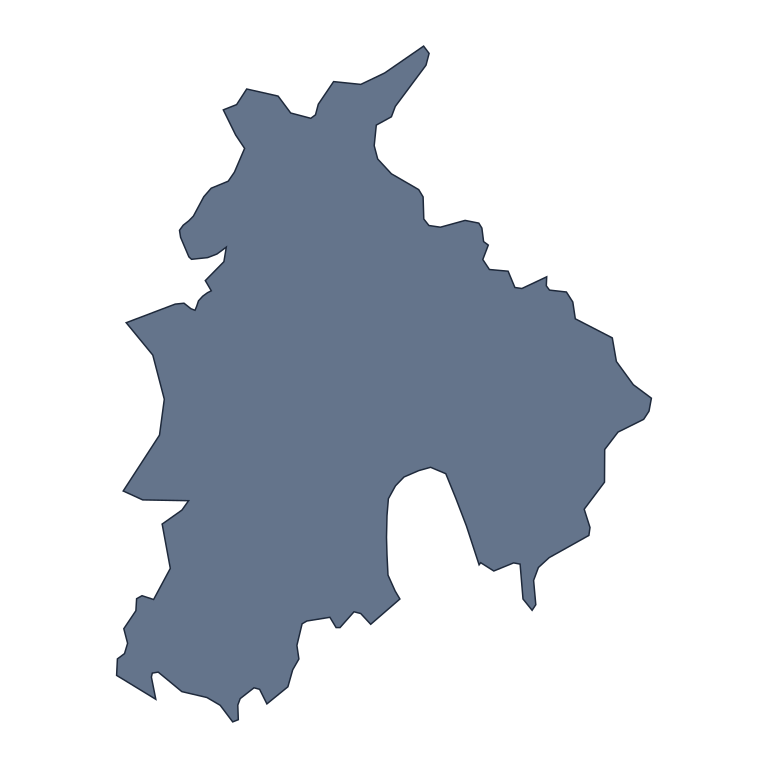 the Administrative County of Lancashire
{"feature_id": "GBR-2123", "entity_name": "Lancashire", "entity_type": "Administrative County", "adm_level": 1, "iso_a3": "GBR", "parent_name": "United Kingdom", "parent_adm1": "", "projection": "albers", "projection_center": [-2.621, 53.865], "detail": "fine", "context": "isolated", "style": "filled", "palette": "slate", "viewbox_px": 768, "rotation_deg": 0, "n_neighbors": 0, "source": "natural_earth", "source_scale": "10m", "svg_char_len": 1996}
<svg xmlns="http://www.w3.org/2000/svg" viewBox="0 0 768 768"><path d="M162.1,524.1L181.9,510.1L188.6,500.7L142.7,499.9L123.2,491.0L159.5,435.1L164.3,399.2L152.8,355.1L126.2,322.7L175.2,304.1L184.0,303.2L190.9,308.7L195.0,310.3L196.7,306.2L198.5,300.8L202.7,296.2L207.5,292.7L211.3,290.8L205.3,280.6L223.9,261.7L226.3,247.1L217.0,254.0L207.7,257.6L191.5,259.3L188.9,256.9L180.6,237.4L179.5,230.3L183.2,225.2L188.8,220.8L193.4,216.1L203.8,196.7L211.2,188.2L228.2,181.2L234.4,172.2L244.6,148.4L235.7,135.1L223.3,109.9L224.2,109.5L236.6,104.6L246.7,89.0L278.1,96.1L290.7,113.0L310.8,118.3L315.5,114.8L318.3,104.2L333.6,81.6L360.8,84.4L384.6,73.0L423.6,46.1L429.1,53.4L426.0,65.2L395.3,106.4L391.4,116.8L376.3,125.1L374.2,145.7L377.7,159.0L391.4,173.8L418.7,189.6L423.1,196.9L423.8,219.0L428.9,225.5L440.4,227.2L465.1,220.4L478.8,223.1L481.9,228.1L483.6,241.6L488.3,245.1L482.8,259.5L489.4,269.5L508.1,271.2L514.9,287.5L521.9,288.5L546.7,276.8L546.3,285.8L549.5,290.1L566.4,292.0L572.8,302.0L575.3,318.8L612.3,337.9L616.4,361.5L633.3,384.7L651.4,398.2L649.0,411.2L643.7,419.3L618.0,432.1L604.7,449.5L604.5,482.2L584.2,509.2L590.0,527.5L588.9,535.4L549.2,557.6L538.4,567.5L533.6,580.4L535.8,604.7L532.1,610.3L523.0,599.0L520.1,564.1L513.6,562.9L493.8,571.0L480.7,562.7L479.1,564.8L476.1,555.6L466.4,525.9L455.9,498.5L445.8,473.7L430.6,467.3L418.8,470.6L404.0,477.0L395.5,485.8L388.4,498.7L387.0,515.6L386.5,537.3L387.0,555.0L388.0,575.1L395.2,591.1L399.9,599.0L370.7,624.3L360.7,613.5L354.0,611.8L340.0,627.6L336.1,627.6L329.9,617.3L306.9,621.0L302.1,623.8L296.9,645.4L298.9,659.0L292.7,669.8L287.9,686.8L266.9,703.9L259.6,689.3L254.0,687.8L240.2,698.6L237.8,705.1L238.3,719.7L232.7,721.9L220.2,705.3L206.9,697.5L189.4,693.4L181.8,691.6L158.2,672.1L152.3,673.1L151.4,677.1L155.8,699.3L116.6,675.4L117.4,658.9L124.5,653.6L127.6,643.3L123.8,628.7L135.9,610.7L136.6,598.7L142.0,595.7L153.6,599.5L170.3,568.4L162.9,528.1L162.4,525.3L162.1,524.1Z" fill="#64748b" stroke="#1e293b" stroke-width="1.5"/></svg>